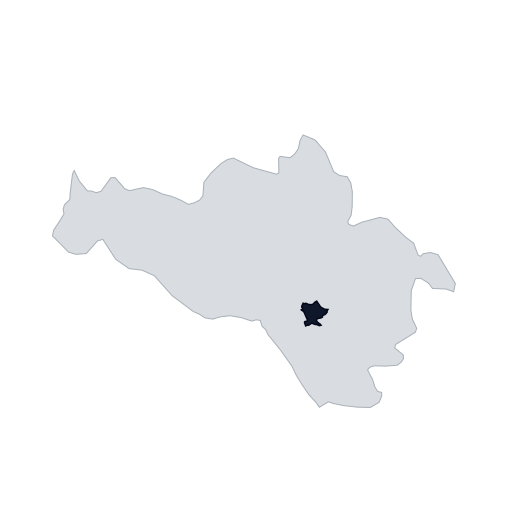 Škofja Loka highlighted on a map of Slovenia, rotated 224°
{"feature_id": "SVN-1017", "entity_name": "Škofja Loka", "entity_type": "Municipality", "adm_level": 1, "iso_a3": "SVN", "parent_name": "Slovenia", "parent_adm1": "", "projection": "albers", "projection_center": [14.27, 46.166], "detail": "fine", "context": "in_parent", "style": "filled", "palette": "ink", "viewbox_px": 512, "rotation_deg": 224, "n_neighbors": 0, "source": "natural_earth", "source_scale": "10m", "svg_char_len": 2571}
<svg xmlns="http://www.w3.org/2000/svg" viewBox="0 0 512 512"><g transform="rotate(224 256 256)"><path d="M446.2,191.2L435.3,187.2L422.4,185.7L420.0,188.1L414.9,190.6L412.4,194.9L414.8,211.5L411.8,214.5L397.1,213.2L392.3,215.2L384.5,227.0L376.4,232.0L366.1,235.7L358.5,240.1L348.8,243.9L340.5,246.2L337.3,251.4L335.4,257.0L336.0,262.4L344.7,272.9L346.0,284.3L345.4,298.3L343.5,305.7L340.3,310.7L319.5,317.5L297.9,329.2L297.4,331.8L307.5,341.9L307.9,344.4L299.8,350.3L299.0,356.1L300.1,362.8L304.5,369.6L306.2,375.8L294.2,380.5L278.0,379.0L258.7,370.6L251.9,371.9L245.4,376.4L238.8,374.5L231.4,369.2L221.0,358.2L215.9,351.4L213.8,344.2L211.0,343.2L206.7,345.3L203.2,354.1L193.7,369.9L186.6,374.2L175.9,373.3L160.8,373.5L151.5,374.8L140.1,369.2L137.3,370.2L137.3,373.9L133.0,379.6L126.0,383.4L93.5,374.7L89.0,367.6L96.3,364.3L106.5,355.3L113.4,356.3L121.9,354.4L125.6,350.6L120.3,339.0L107.0,324.7L99.9,319.3L90.1,315.6L88.4,311.8L94.1,289.4L92.4,286.2L81.3,287.1L78.7,284.8L77.8,280.9L78.6,275.5L86.2,266.9L94.6,259.2L96.9,254.9L96.6,251.5L86.0,248.0L79.6,244.4L74.5,243.1L70.9,245.1L68.4,242.8L65.8,236.3L68.5,226.5L78.2,217.6L88.6,209.6L97.6,203.8L102.7,201.3L105.3,191.2L110.6,192.3L121.2,192.9L133.0,195.3L143.9,198.1L153.6,201.7L173.9,205.5L192.4,207.7L198.0,209.8L202.6,209.6L208.2,212.6L211.5,210.3L213.9,206.2L224.0,201.3L233.2,195.0L239.7,187.0L243.2,180.6L249.6,176.1L256.3,174.8L262.5,172.5L288.6,169.2L315.5,171.2L328.2,166.6L338.6,158.7L354.0,156.3L354.8,156.2L377.9,161.6L379.6,158.1L380.5,156.6L379.8,139.8L386.8,132.0L393.5,128.6L416.4,129.1L419.6,134.2L421.0,142.2L423.3,152.8L427.2,155.7L429.4,159.8L429.2,167.3L433.8,172.7L444.8,187.3L446.2,191.2Z" fill="#d9dde1" stroke="#a8b0b8" stroke-width="1"/><path d="M171.7,240.2L174.9,241.8L175.1,242.1L175.3,242.6L175.2,243.1L174.9,243.4L174.5,243.8L174.2,244.4L174.2,245.3L175.0,245.9L182.5,249.0L184.0,249.1L185.9,248.6L186.1,248.7L185.8,249.3L185.6,249.9L185.7,250.7L186.2,250.9L186.7,250.8L187.6,251.0L188.3,251.9L189.3,254.8L188.2,255.1L187.9,255.6L187.4,256.5L186.3,257.1L184.9,257.4L182.5,259.3L181.7,260.6L181.3,262.1L181.7,263.0L181.0,265.7L173.9,264.2L169.6,265.4L167.1,267.5L166.7,265.9L165.8,264.9L165.7,263.4L165.7,261.9L166.1,260.9L166.6,260.1L166.5,259.3L166.3,258.7L165.8,258.2L165.9,257.6L166.2,256.8L166.8,255.7L167.5,255.0L168.5,252.9L168.1,252.2L167.3,251.4L166.3,251.2L164.0,251.3L162.5,251.6L161.1,251.4L162.1,249.8L164.6,248.9L165.6,248.0L167.7,247.0L168.4,246.8L168.8,246.6L169.4,245.9L170.0,242.8L171.0,241.9L171.7,240.2Z" fill="#0f172a" stroke="#020617" stroke-width="1.5"/></g></svg>